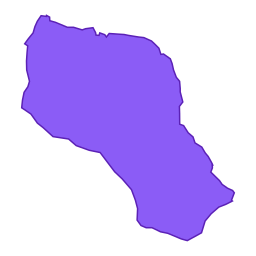 outline of Galataria, Paphos, Cyprus
{"feature_id": "46923920B41083986579295", "entity_name": "Galataria", "entity_type": "district", "adm_level": 2, "iso_a3": "CYP", "parent_name": "Cyprus", "parent_adm1": "Paphos", "projection": "albers", "projection_center": [32.643, 34.865], "detail": "fine", "context": "isolated", "style": "filled", "palette": "violet", "viewbox_px": 256, "rotation_deg": 0, "n_neighbors": 0, "source": "geoboundaries", "source_scale": "gbopen_adm2", "svg_char_len": 1297}
<svg xmlns="http://www.w3.org/2000/svg" viewBox="0 0 256 256"><path d="M212.6,164.8L212.1,163.6L211.1,161.7L208.2,156.5L205.2,152.9L201.8,147.1L195.0,142.9L193.0,136.9L188.2,132.8L183.6,125.6L179.7,124.2L179.6,113.8L179.4,106.4L182.8,102.0L180.2,91.9L180.2,88.5L179.6,81.3L176.3,77.3L173.5,69.9L172.1,63.6L170.3,58.8L163.5,54.0L160.9,54.4L158.9,48.2L155.1,44.4L151.5,41.0L143.9,37.6L138.5,37.0L128.5,35.4L124.1,34.5L117.7,34.1L109.2,33.5L106.4,37.0L104.8,34.7L99.8,32.9L99.0,35.4L96.0,35.1L95.6,32.7L93.0,27.7L85.6,28.7L82.2,29.9L73.6,27.3L67.4,27.3L55.4,22.3L49.8,20.7L49.6,17.1L46.5,15.4L46.3,16.4L41.1,15.7L37.3,21.3L34.9,26.7L33.1,32.9L28.3,38.8L24.7,43.8L27.7,45.8L27.1,52.2L26.5,61.0L26.7,70.0L29.5,81.3L27.9,86.7L24.1,92.3L22.5,100.1L21.7,107.8L30.9,114.0L37.4,123.1L43.0,127.5L53.0,136.6L68.6,139.0L76.2,145.6L89.3,150.3L100.1,152.5L106.6,161.1L114.7,171.8L122.2,178.9L131.5,189.7L135.4,200.2L137.6,208.6L137.1,220.1L141.0,225.5L146.1,227.7L152.0,227.7L160.5,231.8L167.8,233.3L181.2,238.9L185.1,240.0L187.3,240.6L201.5,232.8L205.1,221.0L211.2,213.7L218.8,207.1L226.3,204.1L232.4,201.0L231.5,200.2L234.3,192.8L232.6,190.5L227.5,188.2L222.1,184.4L219.5,180.6L215.3,176.5L210.8,172.1L211.5,170.3L212.4,167.9L212.2,164.7L212.6,164.8Z" fill="#8b5cf6" stroke="#5b21b6" stroke-width="1.5"/></svg>